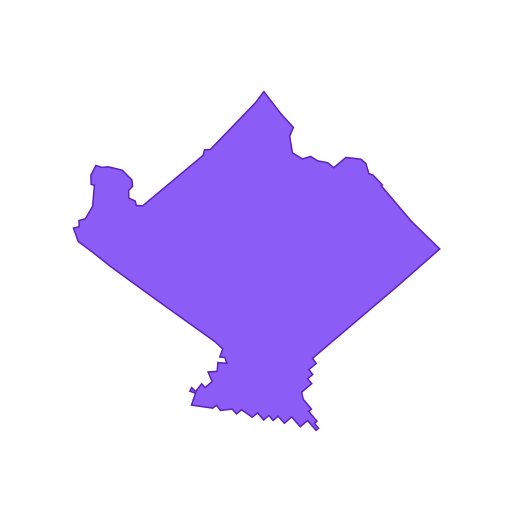 the district of Rapides, Louisiana, United States of America, rotated 230°
{"feature_id": "52423323B78580900034992", "entity_name": "Rapides", "entity_type": "district", "adm_level": 2, "iso_a3": "USA", "parent_name": "United States of America", "parent_adm1": "Louisiana", "projection": "natural_earth1", "projection_center": [-92.555, 31.204], "detail": "fine", "context": "isolated", "style": "filled", "palette": "violet", "viewbox_px": 512, "rotation_deg": 230, "n_neighbors": 0, "source": "geoboundaries", "source_scale": "gbopen_adm2", "svg_char_len": 1329}
<svg xmlns="http://www.w3.org/2000/svg" viewBox="0 0 512 512"><g transform="rotate(230 256 256)"><path d="M183.3,110.7L167.2,125.1L167.1,129.8L160.5,129.5L154.1,139.3L147.5,139.6L147.6,146.1L134.9,149.5L134.8,156.4L125.5,156.4L125.5,163.3L119.0,163.4L119.1,170.0L109.6,170.2L109.8,179.9L96.8,180.1L96.8,189.8L83.8,189.9L83.8,193.2L90.2,193.2L90.2,196.5L103.2,196.5L103.2,200.1L115.9,200.1L122.3,203.4L122.4,216.7L128.8,216.7L128.8,223.4L135.0,223.4L135.0,233.1L141.3,233.5L142.0,345.2L143.3,401.3L183.1,397.3L229.3,397.1L229.2,398.5L243.1,397.6L246.6,395.4L256.2,399.6L262.8,398.6L273.7,388.2L273.7,372.4L281.5,370.8L289.4,364.3L297.1,361.9L300.6,353.9L311.6,350.2L326.2,358.9L330.4,367.3L349.4,366.5L376.9,367.7L373.8,354.4L369.7,315.7L367.7,296.5L366.9,289.5L370.5,284.8L367.1,280.2L367.3,201.5L371.6,196.8L375.7,198.8L382.2,195.8L388.1,200.7L388.7,206.3L394.0,209.8L407.7,208.7L419.3,200.2L422.8,195.1L428.2,191.5L424.0,181.4L416.7,175.7L414.2,177.8L399.2,162.9L394.2,149.2L397.0,143.2L392.1,139.4L394.7,134.1L381.2,129.1L363.8,133.3L340.6,138.0L286.1,151.6L285.0,151.9L216.2,169.6L206.1,170.7L201.9,163.3L198.3,166.9L192.5,164.7L198.9,158.3L192.6,152.1L198.0,144.8L188.1,141.7L187.8,132.5L193.1,132.2L190.9,122.6L196.5,122.2L195.0,118.4L189.7,121.5L183.3,110.7Z" fill="#8b5cf6" stroke="#5b21b6" stroke-width="1.5"/></g></svg>